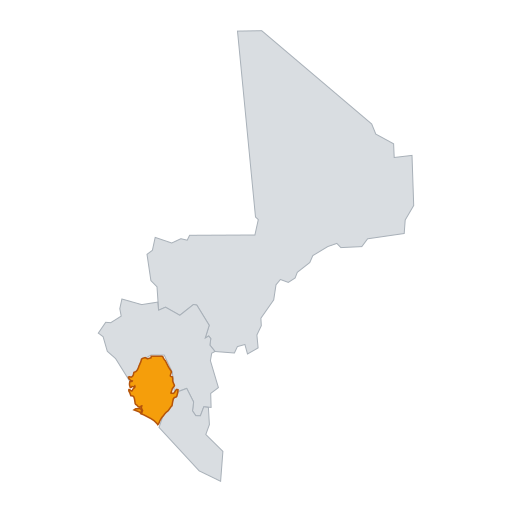 Sierra Leone highlighted among its neighbors
{"feature_id": "SLE", "entity_name": "Sierra Leone", "entity_type": "country or territory", "adm_level": 0, "iso_a3": "SLE", "parent_name": "Africa", "parent_adm1": "", "projection": "equal_earth", "projection_center": [-11.928, 8.452], "detail": "fine", "context": "with_neighbors", "style": "filled", "palette": "amber", "viewbox_px": 512, "rotation_deg": 0, "n_neighbors": 3, "source": "natural_earth", "source_scale": "50m", "svg_char_len": 3172}
<svg xmlns="http://www.w3.org/2000/svg" viewBox="0 0 512 512"><path d="M158.6,310.2L157.0,286.8L150.9,280.6L147.0,254.3L152.4,250.3L155.2,237.4L171.7,243.0L180.9,238.7L187.2,240.2L189.6,235.3L254.9,235.0L258.3,219.6L255.5,217.0L237.5,31.1L261.7,30.7L371.7,124.0L375.8,134.1L393.6,143.8L394.2,157.5L412.0,155.4L413.7,205.5L405.2,220.0L404.2,233.5L367.6,238.8L361.8,246.6L340.9,247.6L336.8,243.4L327.9,246.5L312.8,255.6L309.8,262.5L297.3,272.3L295.1,278.0L288.3,282.4L280.4,279.5L276.0,284.8L273.7,299.9L260.9,318.2L261.3,325.7L256.9,335.0L258.1,347.9L247.5,354.0L244.9,344.5L237.4,346.6L234.4,353.0L215.0,351.5L209.9,345.1L210.8,338.6L208.7,336.0L205.2,338.1L209.2,325.3L196.8,305.1L193.5,304.5L179.8,315.3L165.5,307.2L158.6,310.2Z" fill="#d9dde1" stroke="#a8b0b8" stroke-width="1"/><path d="M121.9,299.0L141.6,304.6L157.7,302.1L158.6,310.2L165.5,307.2L179.8,315.3L193.5,304.5L196.8,305.1L209.2,325.3L205.2,338.1L208.7,336.0L210.8,338.6L209.9,345.1L215.0,351.5L211.7,353.2L210.4,360.7L218.4,387.6L210.7,393.4L211.1,407.4L203.8,406.8L200.4,415.8L195.8,415.7L192.5,410.9L193.6,402.0L186.7,388.4L174.3,392.7L172.4,372.3L164.2,355.1L151.1,355.0L142.7,359.7L138.0,370.6L129.2,380.4L115.6,358.6L107.3,351.3L103.1,336.7L98.3,333.1L105.7,322.3L110.7,322.7L121.2,316.1L119.8,308.7L121.9,299.0Z" fill="#d9dde1" stroke="#a8b0b8" stroke-width="1"/><path d="M208.4,407.4L209.4,424.6L205.8,434.5L222.9,451.4L220.6,481.3L199.2,470.9L159.0,427.4L163.8,413.8L178.9,391.4L186.7,388.4L193.6,402.0L192.5,410.9L195.8,415.7L200.4,415.8L203.8,406.8L208.4,407.4Z" fill="#d9dde1" stroke="#a8b0b8" stroke-width="1"/><path d="M178.0,389.7L178.0,390.3L177.5,393.5L176.8,396.2L176.3,396.9L174.2,397.6L173.3,398.8L172.5,402.7L172.0,405.8L171.3,406.3L168.2,410.7L166.2,412.3L164.8,413.8L163.5,415.6L161.8,417.5L160.0,420.5L158.7,423.7L157.8,424.7L157.2,423.8L154.1,420.7L150.9,418.6L144.0,415.0L141.7,414.0L141.8,412.8L142.6,410.5L141.3,407.8L141.8,405.9L141.3,405.9L140.3,407.1L138.2,406.7L136.8,405.1L135.7,404.4L135.2,403.6L134.5,399.2L134.0,397.2L132.9,396.0L130.8,395.7L129.9,393.0L128.8,390.9L128.9,389.6L129.9,389.7L130.6,390.6L131.8,391.0L133.3,388.7L134.7,387.5L135.0,386.4L134.8,385.9L134.0,386.8L131.8,386.5L131.2,387.4L130.3,387.6L129.5,385.0L129.5,383.4L129.8,381.7L132.1,381.4L132.3,380.9L130.7,380.5L128.8,378.5L128.4,377.1L129.4,376.7L130.3,376.9L131.1,377.2L132.0,376.7L132.8,375.9L133.3,375.0L133.9,372.4L136.0,371.5L137.3,370.0L138.5,367.5L139.0,365.8L139.5,364.9L139.8,364.2L140.0,363.4L140.5,362.6L141.1,360.8L141.5,359.1L142.7,358.3L145.2,357.6L147.4,358.8L151.0,357.8L151.2,356.2L154.5,356.2L158.4,356.2L161.7,356.2L162.8,356.6L163.2,357.7L164.3,359.6L165.4,360.8L166.8,363.6L168.4,366.8L170.2,369.7L171.3,371.3L171.4,371.8L171.3,372.4L170.8,373.9L170.3,375.5L170.4,376.1L170.7,376.4L172.5,376.9L172.7,378.7L172.7,381.2L173.6,383.5L174.4,385.2L174.4,385.8L172.3,388.7L171.5,391.5L171.1,392.3L170.9,393.0L171.4,393.3L171.9,393.1L172.7,393.3L173.5,393.4L174.5,392.4L176.2,389.7L176.7,389.4L178.0,389.7ZM141.0,412.9L140.8,413.5L139.7,412.1L134.0,409.9L135.6,408.8L139.6,408.5L140.7,409.1L141.3,409.7L141.5,410.7L141.0,412.9Z" fill="#f59e0b" stroke="#b45309" stroke-width="1.5"/></svg>